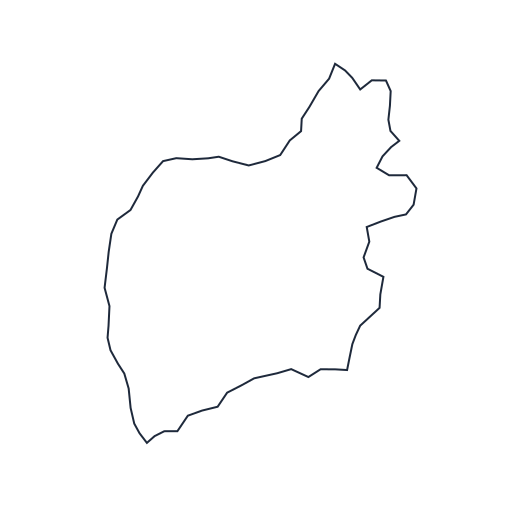 Sarzedo, Minas Gerais, Brazil, rotated 100°
{"feature_id": "56859067B34966160982141", "entity_name": "Sarzedo", "entity_type": "district", "adm_level": 2, "iso_a3": "BRA", "parent_name": "Brazil", "parent_adm1": "Minas Gerais", "projection": "mercator", "projection_center": [-44.126, -20.058], "detail": "fine", "context": "isolated", "style": "outline", "palette": "slate", "viewbox_px": 512, "rotation_deg": 100, "n_neighbors": 0, "source": "geoboundaries", "source_scale": "gbopen_adm2", "svg_char_len": 1161}
<svg xmlns="http://www.w3.org/2000/svg" viewBox="0 0 512 512"><g transform="rotate(100 256 256)"><path d="M53.0,211.5L68.7,214.8L82.7,223.0L99.9,229.3L112.8,234.8L125.2,233.3L136.3,242.8L152.4,249.7L160.9,263.3L168.1,278.9L166.8,295.6L164.7,309.9L168.1,320.1L171.8,335.5L173.5,351.5L178.7,364.0L191.7,372.0L206.5,379.6L217.8,382.5L232.5,387.6L244.2,398.9L259.2,402.3L277.4,401.8L293.5,400.7L313.6,399.6L330.8,391.6L350.4,389.1L362.3,388.0L374.1,382.9L386.0,373.3L394.6,365.3L408.6,358.4L427.4,353.1L442.2,346.8L450.8,339.9L459.0,331.0L451.0,324.6L444.5,315.9L442.2,303.0L425.1,295.4L417.6,282.3L411.1,267.6L395.6,260.7L386.0,248.0L376.8,236.6L372.0,225.0L367.8,214.8L361.3,201.7L366.1,183.4L356.3,172.7L353.8,157.8L352.5,146.5L339.3,146.2L326.0,145.8L316.5,144.0L306.5,141.3L285.6,125.3L272.2,126.9L254.4,126.9L249.2,144.0L238.7,149.8L222.2,146.9L208.2,152.0L200.3,138.9L193.4,126.4L189.0,115.5L178.1,109.7L161.6,109.7L150.3,121.7L153.4,138.9L148.2,152.5L135.9,148.7L125.2,141.8L117.7,134.9L109.5,145.3L98.8,149.3L84.8,150.2L70.2,152.0L60.6,158.5L62.9,172.5L73.9,182.3L63.9,192.1L57.8,200.5L53.0,211.5Z" fill="none" stroke="#1e293b" stroke-width="2"/></g></svg>